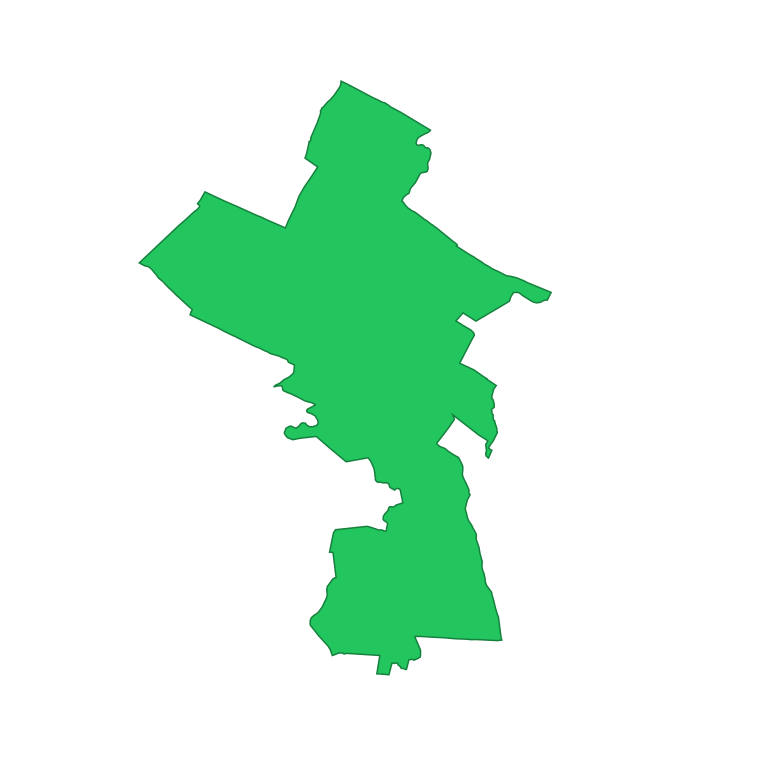 outline of Tutova, Vaslui, Romania, rotated 148°
{"feature_id": "2599482B39338540323692", "entity_name": "Tutova", "entity_type": "district", "adm_level": 2, "iso_a3": "ROU", "parent_name": "Romania", "parent_adm1": "Vaslui", "projection": "albers", "projection_center": [27.57, 46.124], "detail": "fine", "context": "isolated", "style": "filled", "palette": "green", "viewbox_px": 768, "rotation_deg": 148, "n_neighbors": 0, "source": "geoboundaries", "source_scale": "gbopen_adm2", "svg_char_len": 6171}
<svg xmlns="http://www.w3.org/2000/svg" viewBox="0 0 768 768"><g transform="rotate(148 384 384)"><path d="M446.6,635.8L446.4,634.7L445.9,633.4L445.9,632.8L446.2,632.4L447.0,631.9L450.6,630.9L453.6,630.7L464.0,628.7L474.2,627.1L527.4,616.4L524.4,611.2L521.8,608.5L520.6,605.7L520.1,603.3L519.6,599.0L519.1,597.2L519.2,595.6L518.9,592.8L516.8,586.7L516.8,585.4L515.6,579.6L513.8,573.1L512.9,568.6L512.3,567.0L509.0,554.7L507.3,549.4L507.2,548.7L509.2,547.6L511.8,545.4L494.9,519.1L491.6,513.3L486.2,504.7L484.8,502.9L484.1,501.3L483.6,500.7L475.3,487.1L473.3,484.0L470.7,480.6L467.7,475.6L465.8,473.0L464.7,470.8L463.9,469.6L458.4,463.5L456.0,459.8L453.2,456.2L453.5,453.1L449.9,447.6L453.9,442.2L455.0,441.4L457.0,440.7L461.4,440.2L466.3,440.7L471.9,439.9L476.0,440.4L477.7,440.3L478.6,440.0L478.5,439.7L476.7,439.4L475.4,438.6L474.0,438.2L471.9,436.8L471.7,436.0L472.3,434.1L472.9,432.8L472.9,431.7L470.1,427.4L468.6,425.6L464.0,418.5L460.4,412.2L457.7,408.9L455.4,406.6L453.1,403.0L453.5,402.7L455.3,402.7L462.2,403.2L463.4,402.7L463.9,402.1L463.9,400.7L463.6,399.9L462.1,398.4L461.1,396.9L459.3,393.3L459.4,388.6L460.2,386.3L461.3,385.2L462.8,384.7L464.3,384.7L465.1,385.2L467.0,385.4L470.2,387.7L471.1,389.8L471.6,392.6L473.2,393.9L474.2,394.4L475.4,394.4L478.7,393.3L481.8,393.1L483.1,394.3L484.8,397.1L485.6,397.8L486.5,398.2L490.6,398.4L492.3,397.0L494.0,395.9L494.5,395.2L494.7,393.8L494.5,390.5L494.1,389.4L490.9,385.1L484.0,382.5L469.2,375.4L464.2,359.0L457.3,338.1L436.6,329.9L436.2,325.4L437.3,317.5L439.3,312.7L440.6,310.4L441.1,308.7L441.9,307.8L442.1,307.1L442.0,305.4L441.5,304.3L440.8,303.5L439.3,303.0L437.1,300.5L435.6,299.8L434.8,299.0L434.0,298.8L433.5,298.3L432.9,295.8L433.7,294.2L433.7,293.4L433.1,291.6L432.0,290.0L431.4,288.5L431.2,288.4L429.2,288.8L428.1,288.5L427.1,287.5L426.3,285.8L431.0,273.2L438.2,275.0L439.4,274.6L440.9,274.7L441.9,275.2L443.4,276.5L444.5,276.8L445.6,276.5L447.0,275.2L448.1,274.5L452.4,273.3L454.5,272.2L456.0,270.5L456.4,269.5L456.5,268.8L456.1,267.6L454.9,265.0L454.9,263.8L455.7,262.8L458.0,260.6L459.5,258.7L460.2,258.3L461.3,258.7L462.7,260.8L463.9,262.0L465.3,262.6L466.1,263.3L471.0,269.3L473.7,272.2L502.3,286.1L505.7,284.6L519.3,270.2L516.5,268.2L527.2,245.2L528.7,245.7L530.8,245.8L537.7,242.9L539.1,242.5L541.4,240.2L543.6,235.8L544.8,234.1L547.1,232.4L554.5,227.7L560.1,225.4L562.3,224.9L566.1,224.9L569.5,224.3L571.7,222.7L573.8,219.7L574.3,218.3L572.7,204.4L570.3,191.3L570.4,187.1L571.7,181.1L565.0,179.8L563.3,178.9L561.4,177.6L561.3,176.8L560.8,176.1L559.7,175.7L558.9,175.7L531.4,156.0L543.7,142.0L543.3,141.7L540.7,140.0L533.9,134.8L525.1,143.1L524.7,143.0L523.3,141.5L522.0,141.2L520.4,140.0L520.7,139.6L520.9,138.3L520.0,136.0L520.1,134.1L519.6,133.3L518.2,132.3L516.7,130.1L516.0,130.2L508.9,137.0L506.1,135.6L505.3,134.6L505.1,134.0L504.5,133.8L500.9,133.3L497.9,133.3L496.6,134.8L494.0,139.1L492.0,152.1L491.5,153.5L486.5,150.4L483.8,148.3L483.0,148.0L481.0,146.4L466.2,136.0L457.9,129.7L450.6,124.8L445.5,121.0L440.3,117.8L423.8,106.3L419.8,104.4L419.2,106.6L410.5,125.6L409.7,129.6L408.1,135.2L405.3,143.6L404.1,148.2L403.1,150.2L403.7,158.7L403.3,161.3L402.3,163.9L401.5,165.2L399.6,170.3L399.2,173.1L398.1,176.4L397.4,177.8L395.0,181.1L394.3,182.5L394.3,183.7L393.6,185.3L392.5,189.2L390.0,195.2L388.5,201.8L387.9,203.8L385.7,207.0L385.4,207.8L384.9,212.2L385.0,213.9L384.5,217.8L384.6,223.8L383.9,227.0L382.5,230.8L381.9,233.4L381.2,235.0L380.2,236.2L375.7,240.6L374.4,241.7L369.6,244.5L369.8,246.7L368.2,248.7L368.0,249.6L367.0,256.0L366.8,259.4L366.0,264.5L365.0,266.4L362.4,269.8L361.1,272.0L360.6,273.4L360.1,277.5L359.7,282.1L362.4,287.0L365.0,292.5L366.2,296.3L367.0,297.8L369.6,301.1L371.0,305.2L370.6,305.8L352.8,312.5L343.9,316.3L343.3,316.6L342.5,318.4L342.0,321.4L330.7,290.6L326.3,281.4L326.3,280.5L329.4,279.1L330.0,278.5L332.2,273.5L334.9,270.7L335.5,269.0L334.8,265.9L334.6,265.8L333.6,266.5L327.7,270.6L328.7,272.6L329.3,274.5L325.0,276.5L321.8,277.7L313.8,282.6L313.2,283.8L313.3,284.3L312.0,286.1L311.0,289.8L311.1,290.6L310.4,291.9L310.5,292.6L309.7,294.1L310.1,295.8L308.7,298.6L307.7,300.0L308.1,302.0L306.9,303.6L306.9,304.4L306.2,305.5L302.9,305.8L301.1,308.8L300.4,310.8L299.8,313.4L300.3,314.2L299.5,315.4L299.2,316.6L298.1,317.2L297.9,317.8L297.3,318.1L293.7,321.5L289.6,323.2L294.2,333.4L294.3,333.7L293.9,334.0L295.3,336.6L300.1,348.0L308.8,361.5L286.6,374.7L281.5,377.5L280.9,379.4L280.9,380.5L281.8,383.9L285.9,391.7L287.0,394.2L288.5,397.1L289.5,399.4L279.3,402.4L272.7,388.6L233.8,387.7L230.3,390.7L225.8,392.9L224.6,392.4L221.9,390.6L220.9,389.5L219.7,385.8L214.9,375.9L213.8,374.3L211.7,372.0L208.2,370.4L204.7,370.2L202.7,369.7L201.0,368.6L193.7,373.1L208.6,393.9L210.6,397.3L215.2,403.7L219.4,408.1L222.4,410.6L223.4,411.9L227.5,418.9L230.1,422.7L231.5,425.1L232.8,428.0L235.2,432.3L236.5,435.7L239.7,442.1L240.5,444.3L241.7,446.2L244.4,451.6L249.5,462.5L248.1,463.0L248.7,465.5L249.9,468.4L256.6,488.1L258.8,493.7L259.4,494.7L261.1,499.5L262.7,502.8L263.3,504.6L265.9,511.4L266.9,513.7L268.6,516.2L269.8,519.5L270.6,520.8L270.7,522.3L271.2,524.5L271.2,527.6L271.9,529.7L271.5,530.0L269.0,531.7L267.7,532.1L264.7,532.6L261.9,532.5L260.4,533.6L259.2,534.8L257.4,536.0L250.6,538.2L241.7,543.2L240.1,543.2L236.0,541.5L234.4,541.6L232.5,543.3L231.3,545.5L230.9,546.6L229.8,548.3L228.8,549.1L226.5,550.2L222.2,554.5L221.6,555.5L221.1,557.4L220.9,558.9L221.1,559.8L221.6,560.9L222.1,561.4L223.1,561.8L223.6,562.5L223.8,563.5L223.8,564.7L224.5,566.3L225.9,567.3L228.2,568.1L229.3,569.3L229.4,570.7L229.1,571.3L227.9,572.6L225.7,574.2L223.6,574.8L217.7,574.6L213.9,574.0L210.9,574.2L210.1,574.6L225.9,605.7L231.9,616.1L231.9,616.8L234.4,622.2L236.1,623.8L238.5,627.9L241.8,632.9L255.8,657.1L259.9,663.6L262.3,660.6L264.4,659.2L273.0,655.4L278.6,653.6L282.2,653.1L288.9,651.0L290.3,651.0L291.7,650.0L293.2,649.4L293.6,648.1L295.7,646.0L303.3,640.1L315.5,631.7L317.1,629.3L319.0,629.4L320.0,628.1L327.8,620.2L331.3,617.4L325.2,603.2L336.4,598.0L347.0,593.4L356.6,588.3L365.7,581.2L378.4,573.3L384.9,568.6L396.3,585.2L400.2,591.4L402.1,593.7L414.2,611.9L422.4,623.8L434.0,641.8L442.3,637.3L446.6,635.8Z" fill="#22c55e" stroke="#15803d" stroke-width="1.5"/></g></svg>